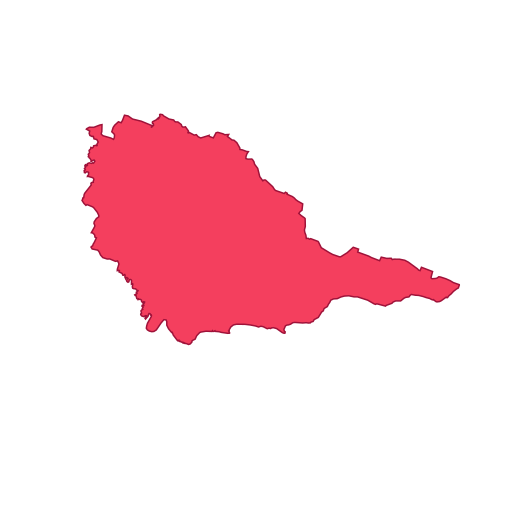 outline of Juan De Acosta, Atlántico, Colombia, rotated 199°
{"feature_id": "7082276B48285719364233", "entity_name": "Juan De Acosta", "entity_type": "district", "adm_level": 2, "iso_a3": "COL", "parent_name": "Colombia", "parent_adm1": "Atlántico", "projection": "orthographic", "projection_center": [-75.078, 10.827], "detail": "fine", "context": "isolated", "style": "filled", "palette": "rose", "viewbox_px": 512, "rotation_deg": 199, "n_neighbors": 0, "source": "geoboundaries", "source_scale": "gbopen_adm2", "svg_char_len": 6130}
<svg xmlns="http://www.w3.org/2000/svg" viewBox="0 0 512 512"><g transform="rotate(199 256 256)"><path d="M441.3,276.3L440.8,276.6L436.2,276.9L434.9,276.5L434.2,275.6L434.2,273.5L433.8,272.7L435.5,271.8L435.7,270.8L434.9,269.5L438.3,259.8L438.5,258.3L437.9,255.0L438.7,254.4L438.4,253.3L438.6,251.9L435.8,249.7L433.3,248.5L432.5,249.6L426.6,249.3L425.1,248.8L420.2,245.6L417.9,243.2L417.4,241.9L419.1,239.5L420.1,235.6L419.8,234.0L418.4,232.5L418.1,231.4L419.3,224.4L418.0,224.6L416.1,223.8L415.3,223.2L414.4,221.4L412.8,221.2L413.4,215.9L413.8,214.4L413.8,212.3L414.7,211.5L414.9,210.7L413.2,209.3L407.5,210.0L405.6,208.8L403.3,206.3L400.3,204.6L395.7,204.7L393.4,205.6L387.1,205.2L385.3,206.3L383.5,204.5L383.0,203.7L382.8,198.3L382.4,197.0L382.0,197.3L382.0,197.7L380.5,197.8L380.4,196.4L376.9,195.9L375.7,194.5L375.1,194.6L374.1,195.7L373.5,195.1L373.1,193.4L371.9,192.1L371.9,193.1L371.1,193.6L369.8,193.2L370.3,192.2L370.3,190.7L369.8,189.9L368.5,189.5L367.8,190.3L368.1,192.3L367.2,192.9L366.5,192.9L365.7,192.3L364.6,188.8L363.6,189.6L363.3,189.2L362.9,186.6L362.1,185.4L360.6,185.3L359.1,185.8L357.8,184.9L356.3,184.9L356.3,184.4L357.4,182.8L357.2,182.3L356.5,182.2L356.3,181.7L358.0,179.8L357.3,179.3L356.5,179.5L354.9,177.0L354.2,176.8L353.5,177.2L353.3,176.4L351.7,177.3L350.9,177.3L350.0,177.0L349.5,175.9L347.9,174.9L347.3,175.1L347.5,175.8L347.3,176.2L346.4,176.3L346.2,175.4L346.9,174.0L345.9,172.6L346.2,172.4L347.5,172.5L347.6,171.7L347.5,171.4L346.1,170.8L346.4,169.2L345.7,168.6L346.6,167.7L346.9,166.6L345.6,164.7L346.1,163.8L345.9,163.0L344.5,162.1L342.5,162.1L341.1,163.6L340.3,163.8L340.7,161.0L339.9,160.4L338.5,163.9L338.6,166.0L338.4,166.8L337.4,167.0L336.5,165.9L336.0,166.3L335.5,165.8L335.3,164.8L336.7,157.1L336.6,154.4L336.2,152.0L334.7,150.8L332.5,150.3L329.9,150.5L328.0,151.4L326.2,153.6L324.0,161.6L322.4,165.8L320.2,166.3L319.0,164.9L317.8,161.5L315.0,158.7L310.9,156.2L310.6,156.6L310.0,156.2L308.5,154.3L303.1,150.7L302.4,150.4L302.1,150.9L301.5,151.1L301.6,150.5L299.9,150.3L299.7,150.7L298.4,150.3L297.0,150.6L296.8,150.0L296.5,150.1L296.7,150.5L295.3,150.5L295.3,150.1L293.2,150.5L290.9,150.4L289.5,151.5L288.6,153.7L288.9,154.7L288.1,156.0L286.5,157.5L286.1,161.4L284.3,165.3L283.4,166.1L278.8,168.6L273.1,170.3L272.9,170.9L272.7,170.6L271.7,170.8L270.5,171.9L270.2,171.4L266.2,172.4L263.9,172.5L257.6,173.7L255.9,174.4L256.0,174.9L257.4,176.2L257.0,176.5L257.3,177.6L256.7,180.7L254.9,183.5L252.1,185.2L244.2,187.8L239.2,188.9L233.6,189.7L230.5,189.7L228.5,191.2L226.2,191.5L221.7,190.9L220.2,192.0L218.5,192.2L218.0,193.0L216.2,193.9L212.8,194.1L206.1,192.1L204.2,192.1L203.5,192.5L203.7,193.8L204.8,194.2L205.7,195.6L205.4,199.6L204.2,200.8L202.9,201.4L201.1,202.8L199.5,204.9L197.8,205.8L190.0,207.9L186.8,209.3L184.6,209.7L182.8,210.5L182.4,211.5L180.7,212.7L180.3,214.8L177.1,218.2L175.7,224.4L174.5,226.1L174.6,227.8L174.3,228.8L172.1,231.4L171.8,234.1L171.2,236.0L170.9,238.6L168.7,240.7L165.3,242.1L162.5,244.8L159.4,246.9L155.3,248.6L149.9,249.3L146.8,250.4L136.0,250.6L128.8,249.2L127.2,249.2L126.6,249.9L125.5,250.2L117.2,250.8L116.8,251.7L112.1,255.5L111.3,257.2L109.3,259.0L104.6,260.6L102.3,264.3L101.0,265.6L98.1,267.1L97.7,268.0L97.7,268.7L96.6,270.2L92.6,270.8L89.4,271.7L84.9,272.1L81.5,272.1L78.0,272.4L75.8,272.0L74.2,272.1L74.0,272.5L71.2,271.5L70.0,271.5L67.6,272.7L66.3,274.0L62.8,279.0L62.0,278.7L61.4,279.0L60.6,281.4L59.2,283.6L57.8,286.8L55.6,290.2L54.3,291.6L54.3,294.7L54.5,295.1L60.7,295.1L64.5,295.9L69.1,296.3L74.6,296.2L76.4,295.9L77.5,294.2L78.5,293.4L82.2,291.8L83.2,292.2L83.5,292.6L84.0,298.8L95.9,299.2L96.1,295.6L97.6,295.6L99.1,296.4L110.0,299.8L113.9,300.4L119.2,299.7L124.6,297.9L126.0,297.0L127.4,297.9L131.6,296.3L137.2,295.7L137.6,291.8L146.3,292.1L149.4,292.6L161.1,292.8L161.3,295.9L166.9,295.9L170.9,288.7L175.7,282.8L176.9,282.4L184.0,282.4L187.6,283.0L197.0,285.1L201.5,289.6L202.2,290.0L210.0,290.2L210.9,289.3L212.5,289.7L214.1,288.9L215.6,291.9L217.6,294.3L218.7,296.4L219.0,300.0L221.7,307.3L222.5,307.8L226.6,309.0L229.4,310.2L228.7,312.3L227.4,314.2L228.8,320.5L234.4,321.5L236.9,322.3L238.4,323.2L240.8,324.0L246.7,324.5L246.8,325.5L248.9,325.9L249.7,324.3L258.9,324.3L260.3,325.0L262.8,327.0L271.7,330.9L273.2,330.5L274.0,329.3L278.3,332.3L282.9,339.4L287.2,342.3L288.7,344.5L290.8,346.1L291.6,346.3L295.2,344.9L297.2,344.8L297.8,346.4L297.9,349.4L297.2,352.2L298.9,351.8L303.5,351.9L305.9,351.5L306.5,352.9L311.0,356.9L314.5,358.3L316.4,357.9L321.9,359.7L321.4,362.0L325.0,360.5L327.0,360.8L332.4,360.5L333.9,359.5L334.8,353.8L338.2,353.8L339.7,354.2L339.7,354.7L346.7,349.6L349.5,349.9L351.9,351.3L353.8,350.2L358.8,351.0L360.2,350.3L360.6,350.7L360.3,351.9L360.7,352.3L364.8,355.2L365.7,354.6L367.2,354.1L368.2,354.4L369.5,356.0L373.5,357.3L375.7,356.6L376.8,356.8L378.1,357.8L382.9,357.2L389.0,358.4L390.4,359.2L392.8,358.8L393.1,358.3L392.3,356.8L392.7,354.5L393.0,354.0L393.4,354.7L394.7,352.2L397.4,349.4L397.6,348.8L397.0,347.7L396.2,347.7L395.4,346.3L396.6,343.8L397.4,343.8L396.6,344.2L396.1,345.6L398.3,345.5L408.4,346.1L417.3,345.3L422.5,346.8L426.2,346.3L426.4,340.7L426.9,338.1L429.8,338.1L432.2,333.7L432.9,331.1L432.8,326.5L430.0,325.2L429.1,324.3L428.5,321.7L428.7,319.9L431.6,320.3L439.8,319.9L441.8,320.7L442.2,321.5L442.3,323.5L444.4,330.1L446.3,329.0L451.2,324.9L455.5,323.5L457.4,321.4L457.7,320.7L453.9,320.0L453.7,317.7L452.3,315.9L449.8,315.6L449.3,316.1L448.7,316.1L447.3,314.0L444.5,314.3L442.3,312.4L442.8,309.8L442.2,308.7L442.6,308.4L443.4,308.6L445.4,307.3L445.3,305.9L445.7,305.0L447.5,304.9L447.2,303.5L448.2,301.5L447.1,299.6L447.1,298.9L447.7,297.6L446.8,296.3L446.9,295.3L446.2,295.2L445.8,294.6L444.7,294.2L443.0,292.8L442.9,291.9L442.3,292.0L441.2,293.5L440.5,293.9L440.1,294.0L439.2,293.2L439.8,291.0L440.1,290.7L440.9,290.9L441.7,290.0L444.0,289.8L445.5,288.4L445.4,287.7L444.9,287.1L445.0,286.6L445.6,286.4L445.8,286.0L446.4,286.9L446.9,286.9L447.1,286.4L447.2,285.5L446.1,284.2L446.7,282.9L445.6,282.2L445.7,281.5L446.3,280.9L445.4,279.0L444.5,279.0L443.7,280.4L442.3,280.7L441.5,280.5L440.8,278.1L441.4,276.8L441.3,276.3Z" fill="#f43f5e" stroke="#9f1239" stroke-width="1.5"/></g></svg>